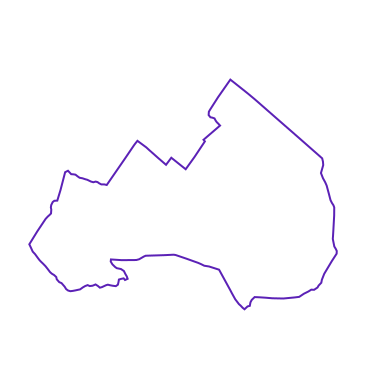 Westlands, Nairobi, Kenya (Robinson projection), rotated 9°
{"feature_id": "3690345B99886458952319", "entity_name": "Westlands", "entity_type": "district", "adm_level": 2, "iso_a3": "KEN", "parent_name": "Kenya", "parent_adm1": "Nairobi", "projection": "robinson", "projection_center": [36.774, -1.232], "detail": "fine", "context": "isolated", "style": "outline", "palette": "violet", "viewbox_px": 384, "rotation_deg": 9, "n_neighbors": 0, "source": "geoboundaries", "source_scale": "gbopen_adm2", "svg_char_len": 2300}
<svg xmlns="http://www.w3.org/2000/svg" viewBox="0 0 384 384"><g transform="rotate(9 192 192)"><path d="M75.0,301.8L77.4,302.4L79.2,303.9L81.0,305.4L82.9,307.6L85.0,308.7L87.4,309.0L89.8,308.3L92.3,307.4L94.3,306.6L96.7,305.7L99.0,303.4L101.2,301.6L103.5,300.3L105.7,300.9L108.5,300.1L111.2,298.4L113.7,299.5L116.0,300.9L118.0,300.0L119.9,298.7L121.7,297.5L123.4,296.7L125.5,296.9L128.2,297.0L131.5,296.9L133.3,295.1L133.5,292.2L133.5,289.9L135.6,288.9L138.0,288.0L139.6,289.4L142.0,287.8L140.8,285.6L139.0,283.4L137.1,280.7L133.9,279.2L131.9,279.1L129.6,279.0L127.8,278.1L124.7,275.9L122.6,273.4L122.5,271.3L133.3,270.3L147.6,267.9L150.3,266.7L154.5,263.3L156.2,262.2L158.8,261.7L174.6,258.7L183.7,256.8L185.7,256.8L197.3,258.8L205.2,260.3L209.0,261.0L212.5,261.9L215.6,262.9L220.5,262.9L230.9,264.5L240.1,276.4L245.2,283.0L247.2,285.7L251.5,291.2L255.9,295.4L257.8,296.6L260.1,298.4L262.2,299.6L264.8,296.3L266.9,295.4L267.0,291.8L267.9,289.2L270.3,286.0L274.6,285.5L281.1,284.9L287.9,284.4L298.9,282.9L309.8,280.1L314.3,278.8L318.4,275.0L322.6,272.0L325.1,269.8L327.9,269.5L330.9,266.7L331.7,264.6L333.9,261.4L334.0,258.4L335.4,252.1L340.9,238.4L344.5,230.3L344.2,227.6L342.9,225.7L341.1,223.6L338.4,216.3L338.2,213.7L337.5,206.7L336.1,193.0L334.9,185.0L333.8,183.0L331.9,180.9L330.1,178.4L327.4,172.2L324.0,164.6L322.0,161.5L319.2,157.9L316.4,153.1L317.4,144.9L316.6,141.5L315.3,138.4L294.8,125.4L239.0,90.3L230.9,85.5L212.3,75.0L202.9,94.3L196.9,108.0L196.1,110.1L196.4,113.4L198.5,115.3L200.5,115.4L202.7,115.8L204.2,117.8L205.6,119.2L207.3,120.4L209.3,122.0L195.2,138.6L196.8,140.0L189.0,157.0L182.2,170.5L166.2,161.4L162.1,169.2L153.4,163.8L143.2,157.3L139.9,155.1L130.1,150.0L128.5,152.8L127.4,154.9L120.6,169.4L106.7,198.4L104.1,198.2L101.3,198.7L98.9,197.9L97.2,197.0L95.2,196.8L93.0,197.8L90.6,197.5L86.6,196.3L84.7,196.1L81.7,195.6L78.7,195.5L76.3,194.3L74.2,193.1L72.0,193.1L69.9,193.3L66.2,190.4L63.6,192.3L61.8,210.8L60.3,221.6L57.4,222.2L56.0,223.7L55.0,226.9L55.0,229.3L55.8,231.5L56.1,235.3L54.8,237.1L53.4,238.8L51.6,241.5L45.3,255.2L39.5,269.1L42.1,272.9L44.0,275.8L46.7,277.9L48.5,279.7L50.2,281.4L52.1,283.2L53.8,284.5L56.1,286.1L58.9,288.2L61.4,290.5L64.3,293.3L66.3,294.6L68.8,295.6L71.2,297.2L72.1,299.4L75.0,301.8Z" fill="none" stroke="#5b21b6" stroke-width="2"/></g></svg>